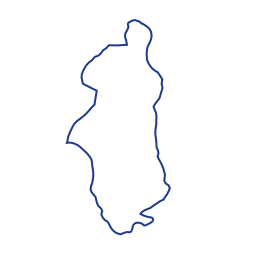 Al Miftah, Hajjah, Yemen (Natural Earth projection), rotated 65°
{"feature_id": "15242507B45600422396945", "entity_name": "Al Miftah", "entity_type": "district", "adm_level": 2, "iso_a3": "YEM", "parent_name": "Yemen", "parent_adm1": "Hajjah", "projection": "natural_earth1", "projection_center": [43.522, 15.962], "detail": "fine", "context": "isolated", "style": "outline", "palette": "blue", "viewbox_px": 256, "rotation_deg": 65, "n_neighbors": 0, "source": "geoboundaries", "source_scale": "gbopen_adm2", "svg_char_len": 2516}
<svg xmlns="http://www.w3.org/2000/svg" viewBox="0 0 256 256"><g transform="rotate(65 128 128)"><path d="M164.4,111.6L163.8,111.1L160.8,110.3L157.6,110.3L154.5,109.0L151.5,107.8L148.5,106.9L145.3,105.9L142.1,104.4L139.1,102.5L137.9,101.7L136.2,100.6L132.9,99.1L131.5,98.4L129.7,97.4L126.0,96.2L123.0,96.1L119.6,95.9L118.9,95.0L117.6,93.2L116.0,90.1L114.2,86.8L106.3,79.8L102.0,78.8L98.3,76.3L90.1,77.5L87.2,79.5L84.1,80.9L82.3,81.4L81.0,81.7L80.2,81.8L77.8,82.1L74.7,82.0L71.7,81.0L71.3,80.8L68.5,79.7L67.4,79.0L65.7,78.1L63.1,76.3L61.1,74.0L60.7,73.5L58.3,70.6L55.4,68.2L52.4,66.9L51.2,66.7L49.4,66.4L46.2,67.0L44.5,67.8L43.0,68.6L39.8,70.6L39.2,71.5L36.6,72.5L33.1,76.1L32.4,79.2L32.7,83.0L33.7,84.2L36.8,85.0L39.1,87.6L41.1,90.4L43.9,92.1L45.4,92.3L47.2,92.5L52.2,93.8L50.8,97.0L49.7,100.2L48.2,103.7L44.9,110.4L46.6,114.3L46.9,116.9L47.1,118.0L48.9,120.9L49.9,124.5L49.5,127.9L51.3,132.0L52.0,135.4L53.2,138.6L55.0,141.6L56.0,142.9L57.4,144.7L59.7,147.1L62.5,148.7L63.7,149.0L65.4,149.4L65.7,149.5L68.9,150.1L81.0,140.6L91.3,147.6L92.5,148.3L94.7,153.7L96.1,156.8L97.5,160.3L98.6,163.9L99.4,167.6L100.2,171.5L101.5,174.9L103.4,177.6L105.5,180.2L107.6,182.7L110.0,185.3L112.8,187.4L114.4,188.6L115.4,189.3L115.7,189.6L116.0,188.3L117.5,185.4L119.8,182.9L122.4,180.7L122.7,180.6L125.3,179.2L128.4,178.0L131.6,176.6L134.6,175.6L137.8,174.8L141.0,174.5L144.0,175.2L147.0,176.3L150.1,177.2L150.4,177.3L153.5,178.3L156.7,179.7L157.9,180.5L159.7,181.6L162.4,183.4L164.8,185.8L167.6,187.8L170.6,188.2L173.8,187.3L176.9,186.6L180.1,187.3L183.1,187.8L186.2,187.8L189.6,186.4L192.6,186.5L195.0,188.7L198.1,188.8L201.4,188.0L204.1,186.2L207.2,185.8L210.9,185.7L214.2,185.0L217.7,183.4L220.5,180.6L221.2,179.6L221.4,175.3L221.8,173.0L222.5,171.7L223.1,170.7L223.3,169.7L223.1,168.9L221.7,167.1L220.1,166.0L218.9,164.9L217.9,163.6L217.4,162.2L217.4,160.8L217.9,159.2L218.4,158.4L219.0,157.5L220.1,156.3L221.1,155.5L222.0,155.1L223.0,154.7L223.6,153.5L223.6,151.7L223.5,148.0L223.2,145.9L222.4,144.7L221.7,144.0L221.0,143.8L219.9,143.9L218.8,144.9L217.5,146.8L216.0,148.7L212.8,151.9L211.8,152.5L211.5,152.7L211.0,153.0L210.2,151.2L210.0,150.7L209.6,147.8L209.7,144.8L209.9,141.7L209.3,138.6L208.7,135.7L208.7,134.8L208.5,133.6L208.3,132.4L207.9,130.2L207.9,126.1L206.1,123.4L204.4,120.3L202.3,117.7L200.0,115.4L196.9,115.6L194.0,117.3L191.0,117.3L188.3,115.7L185.6,114.1L182.5,113.7L179.9,113.1L179.3,113.0L176.1,112.9L172.8,113.0L169.5,113.2L166.4,113.3L164.4,111.6Z" fill="none" stroke="#1e3a8a" stroke-width="2"/></g></svg>